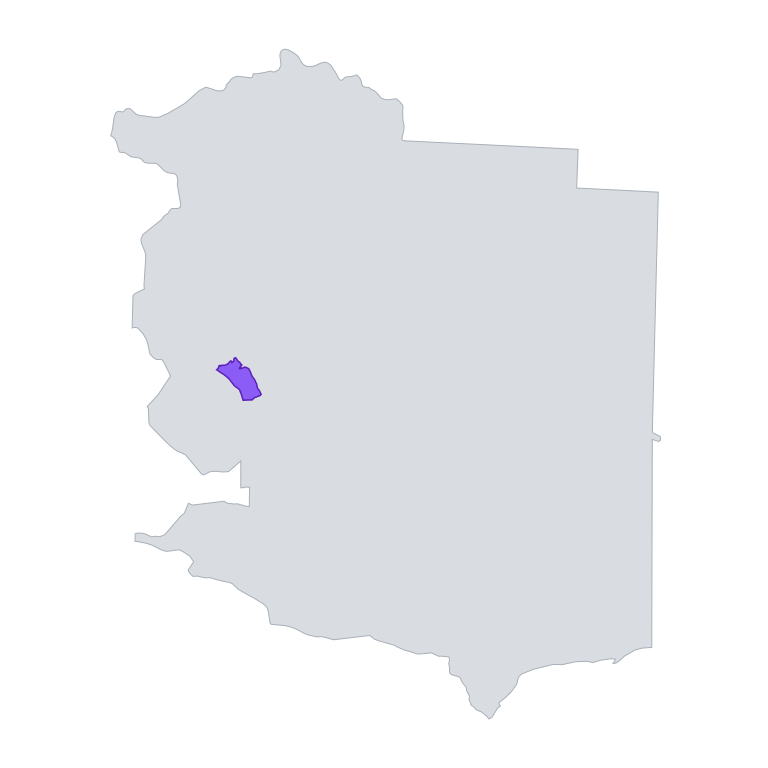 Habila - SK, South Kordufan, Sudan (highlighted), rotated 91°
{"feature_id": "16777658B69543543335458", "entity_name": "Habila - SK", "entity_type": "district", "adm_level": 2, "iso_a3": "SDN", "parent_name": "Sudan", "parent_adm1": "South Kordufan", "projection": "orthographic", "projection_center": [30.058, 11.931], "detail": "fine", "context": "in_parent", "style": "filled", "palette": "violet", "viewbox_px": 768, "rotation_deg": 91, "n_neighbors": 0, "source": "geoboundaries", "source_scale": "gbopen_adm2", "svg_char_len": 6411}
<svg xmlns="http://www.w3.org/2000/svg" viewBox="0 0 768 768"><g transform="rotate(91 384 384)"><path d="M545.8,630.1L538.2,630.2L537.4,628.4L537.4,623.4L538.2,619.7L541.0,613.7L540.2,610.4L540.6,605.7L538.5,600.5L520.1,585.4L516.5,581.3L506.7,577.5L508.4,573.2L504.0,542.0L506.0,538.3L506.5,532.9L506.4,528.1L508.6,520.0L508.9,516.6L489.6,516.6L489.4,520.1L490.3,523.9L490.3,525.4L463.4,525.8L474.3,537.9L474.8,543.3L474.2,550.0L474.4,554.3L475.0,557.1L478.0,562.6L477.8,563.6L477.1,564.9L458.1,581.4L455.0,589.0L452.5,593.0L446.9,599.7L429.5,617.3L426.6,618.4L413.3,619.1L411.9,619.5L410.9,620.3L410.3,620.1L398.9,609.9L379.7,597.6L366.9,604.0L363.5,606.4L363.4,612.3L361.5,615.3L358.0,618.6L348.6,620.7L343.7,622.4L337.9,625.8L332.2,631.3L331.7,634.2L332.4,636.8L299.9,636.5L297.8,634.4L293.1,625.2L289.8,625.7L260.2,624.4L256.0,625.3L247.5,629.0L243.3,629.5L238.9,627.8L223.6,609.4L220.2,607.1L216.8,602.7L213.5,600.8L212.4,599.4L212.1,597.5L212.2,593.5L211.1,591.0L208.7,590.3L187.8,594.2L184.9,593.7L180.5,594.4L179.0,595.1L177.2,597.4L176.8,602.4L176.2,604.9L174.6,607.6L168.6,613.7L167.2,616.3L167.4,623.1L166.9,626.6L166.0,628.1L163.4,630.7L162.4,632.2L161.3,640.8L157.9,646.0L157.1,647.9L156.9,651.7L156.4,652.8L146.9,655.6L143.3,657.5L141.1,660.4L140.6,661.6L136.6,660.5L131.4,659.6L121.6,658.4L117.7,657.0L115.9,654.9L116.6,649.6L115.6,648.5L114.0,647.5L113.0,645.2L113.3,642.5L118.6,636.5L119.7,633.3L121.4,618.0L121.1,613.4L117.1,604.7L108.0,589.7L105.8,586.7L94.3,574.3L93.0,572.4L90.3,567.2L93.7,556.0L93.9,552.9L93.2,549.7L90.3,547.2L87.7,546.9L84.3,543.8L82.0,542.3L80.1,539.6L78.8,535.9L80.2,522.7L79.5,520.9L76.6,520.3L75.9,519.3L76.1,516.8L74.7,509.2L73.1,502.9L74.1,499.5L71.8,494.7L67.1,492.5L57.7,493.8L54.8,493.5L52.9,492.5L51.5,490.8L50.9,488.7L51.6,485.6L54.4,480.1L57.9,475.6L64.7,471.5L66.6,469.3L67.7,466.9L67.9,464.0L67.6,461.0L66.9,458.2L65.0,454.5L63.4,450.2L63.4,447.3L64.4,445.2L66.2,442.8L73.0,438.1L79.9,434.2L81.1,432.8L80.8,431.1L77.7,427.7L77.0,421.2L75.4,416.6L78.9,413.3L81.5,412.1L85.5,411.2L87.1,409.8L87.7,407.1L87.6,404.5L89.1,402.6L91.2,398.5L92.8,396.6L98.1,391.9L99.3,388.8L99.8,385.8L98.6,376.6L101.7,372.9L105.6,369.8L111.1,370.1L119.6,369.7L125.4,368.5L129.6,368.6L138.9,370.5L139.9,369.8L140.5,367.4L146.0,194.0L184.2,194.8L184.7,194.5L187.4,113.1L426.1,114.9L428.0,114.5L431.7,106.9L433.3,106.4L435.8,106.8L436.6,108.6L434.7,114.8L642.7,111.7L643.5,120.9L645.5,128.3L651.9,138.8L657.1,144.4L659.1,147.5L659.3,149.0L659.2,150.3L657.6,148.8L655.0,147.8L654.8,152.8L656.5,163.0L658.9,170.1L657.7,176.7L658.4,187.9L661.6,201.3L661.4,209.9L666.7,229.9L671.4,241.0L673.9,243.7L676.6,245.0L681.7,245.9L689.4,251.3L695.5,257.2L697.8,260.2L700.8,263.6L702.7,262.9L703.9,262.0L706.0,264.7L715.6,270.4L717.1,273.2L713.9,276.0L710.2,280.8L708.5,285.3L707.5,286.7L704.5,289.5L704.0,290.9L702.7,291.8L701.3,291.9L698.1,293.5L695.2,293.1L692.3,294.0L691.3,295.1L689.0,296.0L685.8,296.6L681.1,300.5L676.9,302.4L675.5,303.9L673.5,311.4L671.9,313.3L665.6,313.7L662.5,314.4L658.2,313.7L656.2,313.9L655.7,315.5L655.1,321.8L655.3,324.5L652.0,331.9L653.5,345.4L650.4,355.6L650.0,358.0L646.7,366.1L645.0,369.1L641.0,384.3L639.4,388.9L635.7,393.9L640.6,430.0L637.7,441.1L638.0,447.2L636.0,456.2L634.3,460.3L631.6,465.4L629.2,471.0L627.3,478.4L626.3,492.3L625.6,493.6L614.1,495.6L610.5,496.6L608.1,498.2L605.2,501.9L599.5,511.8L596.5,517.8L591.9,526.1L586.3,532.1L585.2,534.9L584.3,540.2L582.4,548.5L580.6,554.5L581.0,559.2L579.3,567.5L579.7,571.6L577.7,573.8L575.1,576.0L573.3,576.6L565.1,571.2L559.5,575.1L556.0,580.5L553.3,585.9L555.0,597.3L554.9,599.8L554.2,602.6L548.9,613.9L547.4,619.0L545.8,628.0L545.8,630.1Z" fill="#d9dde1" stroke="#a8b0b8" stroke-width="1"/><path d="M402.3,515.8L402.3,515.7L402.2,515.5L402.0,515.3L401.9,515.3L401.9,515.2L401.5,514.9L401.4,514.8L401.4,514.7L401.1,514.5L401.0,514.4L400.9,514.3L400.8,514.1L400.6,514.0L400.1,513.6L400.0,513.4L399.9,513.1L399.8,512.9L399.6,512.4L399.3,511.5L399.0,510.8L398.8,510.4L398.5,509.7L398.4,509.3L398.3,509.0L398.2,508.9L398.1,508.7L398.0,508.4L397.7,507.7L397.3,507.3L396.7,506.9L396.5,506.7L396.4,506.8L396.3,506.7L396.4,506.8L396.2,506.8L394.8,507.5L394.3,507.7L393.7,508.1L393.2,508.3L392.9,508.5L392.7,508.5L391.7,509.3L391.2,509.9L390.1,510.4L389.4,510.6L388.9,510.9L388.7,511.0L388.2,510.9L387.6,511.1L387.2,511.1L386.7,511.3L386.4,511.4L386.2,511.3L385.8,511.6L385.3,511.8L384.3,512.3L383.7,512.7L383.2,512.8L382.0,513.5L380.9,514.2L380.4,514.6L380.2,514.8L379.2,515.5L378.5,516.0L378.2,516.1L377.8,516.3L377.2,516.6L376.9,516.7L376.7,516.8L376.1,517.1L375.5,517.4L375.1,517.6L374.7,517.5L373.4,518.2L371.9,519.1L371.2,519.4L371.2,519.5L370.9,519.8L370.6,520.6L370.4,520.9L369.8,522.1L369.7,522.8L369.6,523.3L369.5,523.6L369.8,524.2L370.0,524.9L370.4,525.3L370.7,525.6L370.8,525.8L370.4,526.7L370.7,527.2L371.1,527.8L371.4,528.2L371.4,528.4L371.1,528.6L370.8,528.9L370.7,528.9L370.3,528.6L369.7,528.2L369.2,527.7L368.7,527.4L368.2,527.2L367.9,526.6L367.6,526.5L367.3,526.5L367.0,526.7L366.9,527.4L365.4,528.2L364.8,528.7L364.1,529.6L363.8,530.3L362.9,530.9L361.9,531.6L360.7,532.4L360.4,532.8L360.3,533.1L360.5,533.5L360.7,533.9L361.0,534.3L361.6,534.5L362.3,534.6L363.2,534.6L363.6,534.6L364.1,535.0L364.5,535.3L364.6,535.6L364.8,535.9L365.0,536.1L365.3,536.4L365.1,536.6L364.6,536.6L364.1,536.7L363.7,537.1L363.7,537.7L363.8,538.0L364.2,538.4L364.6,538.8L365.1,539.1L365.6,539.5L366.0,539.9L366.3,540.1L366.4,540.5L366.7,540.8L367.0,541.2L367.3,542.0L367.6,542.5L367.9,543.1L368.1,543.5L368.0,544.6L368.2,545.3L368.1,545.8L368.1,546.3L368.2,546.7L368.5,546.9L368.4,547.5L368.5,547.8L368.7,548.0L368.6,548.4L368.5,548.5L368.4,548.5L368.4,549.0L368.7,549.3L369.2,549.3L369.4,549.3L369.7,549.5L369.9,549.6L370.0,549.6L370.6,549.8L371.1,550.1L371.3,550.2L371.4,550.3L371.6,550.5L371.9,550.7L371.9,550.8L372.2,551.0L372.3,551.1L372.5,551.4L372.7,551.6L373.1,550.9L374.1,549.4L375.4,547.5L376.5,545.7L377.3,544.3L379.2,541.8L380.8,540.0L382.2,538.4L383.1,537.8L385.1,536.2L387.4,534.3L388.4,533.5L389.1,532.6L390.9,530.0L391.6,529.1L392.0,528.5L392.7,528.1L393.3,528.0L393.6,527.6L394.2,527.7L394.4,527.3L395.0,527.2L395.7,527.0L396.7,526.5L397.9,526.2L399.1,525.7L400.0,525.5L400.7,525.2L401.8,524.9L402.4,524.7L402.7,524.5L402.7,524.2L402.7,523.5L402.5,522.8L402.5,522.1L402.5,520.6L402.3,520.3L402.4,517.7L402.1,517.3L402.3,515.8L402.3,515.8Z" fill="#8b5cf6" stroke="#5b21b6" stroke-width="1.5"/></g></svg>